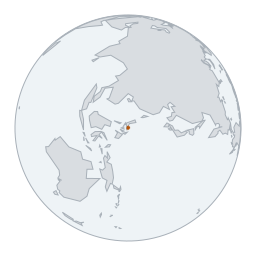 Camarines Sur on an orthographic globe, rotated 68°
{"feature_id": "PHL-2538", "entity_name": "Camarines Sur", "entity_type": "Province", "adm_level": 1, "iso_a3": "PHL", "parent_name": "Philippines", "parent_adm1": "", "projection": "orthographic", "projection_center": [123.353, 13.672], "detail": "fine", "context": "on_globe", "style": "filled", "palette": "amber", "viewbox_px": 256, "rotation_deg": 68, "n_neighbors": 0, "source": "natural_earth", "source_scale": "10m", "svg_char_len": 9786}
<svg xmlns="http://www.w3.org/2000/svg" viewBox="0 0 256 256"><g transform="rotate(68 128 128)"><circle cx="128" cy="128" r="113" fill="#eef3f6" stroke="#a8b0b8"/><path d="M218.4,172.4L218.3,173.1L218.2,173.2L218.4,172.4ZM193.7,36.5L186.1,32.0L182.8,32.5L185.5,35.2L182.0,32.9L189.7,40.3L190.3,43.8L187.3,38.4L185.2,36.7L184.5,38.2L182.2,36.9L180.5,36.9L177.9,35.4L176.3,32.7L174.5,31.7L174.1,32.9L171.2,32.3L172.0,30.7L167.0,29.6L163.5,25.8L167.9,24.2L163.7,22.0L162.4,20.7L170.7,23.7L178.7,27.4L186.4,31.7L193.7,36.5ZM233.2,96.5L232.3,94.1L233.1,95.0L233.2,96.5ZM231.6,93.1L231.9,93.8L231.6,93.3L231.6,93.1ZM231.2,93.0L231.5,93.0L231.3,93.2L231.2,93.0ZM230.8,93.2L231.0,92.9L231.0,93.1L230.8,93.2ZM229.9,92.7L229.7,92.5L229.7,92.0L229.9,92.7ZM192.6,36.0L191.8,35.3L194.6,37.2L194.2,37.0L192.6,36.0ZM188.0,37.7L188.1,37.0L188.8,38.2L188.0,37.7ZM180.8,37.2L181.5,37.9L180.3,37.7L180.8,37.2ZM175.2,35.2L173.1,34.8L174.9,34.7L175.2,35.2ZM171.7,34.3L166.7,33.6L167.8,35.0L161.8,31.1L168.0,32.7L170.1,32.3L170.1,33.3L171.7,34.3ZM157.8,19.4L162.4,20.8L161.7,20.7L159.3,19.9L159.7,20.3L155.6,19.2L154.5,18.7L155.8,18.9L153.2,18.4L154.5,18.5L157.8,19.4ZM159.3,29.2L157.8,28.8L159.0,28.7L159.3,29.2ZM152.3,18.0L151.9,18.0L148.6,17.3L149.8,17.5L150.4,17.6L152.3,18.0ZM161.8,21.1L160.8,21.1L157.2,20.1L156.3,20.0L155.4,19.2L161.8,21.1ZM149.0,17.3L146.9,17.0L145.5,16.7L146.1,16.8L149.0,17.3ZM153.1,18.3L152.7,18.2L151.8,18.0L153.1,18.3ZM146.2,16.9L146.7,17.0L146.9,17.0L145.3,16.8L146.2,16.9ZM153.0,18.6L151.7,18.3L153.1,18.9L150.5,18.4L150.4,18.0L149.3,17.9L148.5,17.8L149.3,17.7L153.0,18.6ZM140.4,16.0L145.2,16.7L144.1,16.8L143.1,16.4L139.5,16.0L140.4,16.0ZM147.1,17.3L145.3,16.9L146.2,17.0L148.1,17.3L147.1,17.3ZM148.8,18.2L152.8,19.1L152.7,19.2L148.8,18.2ZM142.9,16.6L143.2,16.7L142.5,16.5L142.9,16.6ZM146.8,17.6L148.2,17.9L148.0,18.0L146.8,17.6ZM142.5,16.8L142.2,16.6L143.4,16.8L142.5,16.8ZM144.3,17.2L143.7,17.2L144.1,16.9L145.0,17.2L144.3,17.2ZM146.4,17.7L146.7,17.8L145.8,17.5L146.4,17.7ZM138.0,16.5L138.2,16.1L140.9,16.4L140.4,16.7L138.0,16.5ZM33.7,66.4L31.6,70.1L31.4,71.9L37.7,63.7L38.1,60.5L41.7,55.9L44.3,54.8L44.5,58.3L46.0,56.6L48.8,51.4L51.9,49.4L50.2,49.4L48.6,51.4L47.5,51.7L48.8,49.9L49.9,49.1L50.7,47.7L45.5,52.0L43.3,54.5L43.5,53.5L40.0,57.7L39.2,58.7L45.1,51.7L51.6,45.2L58.6,39.3L66.0,34.0L64.3,35.3L65.1,35.0L68.6,32.9L67.5,33.9L71.2,31.6L71.9,32.2L74.1,29.8L78.3,27.9L81.1,27.2L82.8,26.2L78.3,27.4L76.1,28.4L73.6,29.8L68.1,32.7L75.3,28.4L75.5,28.4L81.9,25.2L90.3,23.0L91.8,23.6L85.2,28.3L82.4,29.0L83.3,27.5L78.5,30.5L80.8,29.4L79.8,30.4L83.6,29.3L83.1,29.9L87.5,27.8L87.3,28.5L84.5,29.9L89.9,29.3L90.7,30.7L92.2,30.3L93.5,29.4L93.6,32.2L94.7,31.8L95.1,30.7L97.4,29.3L101.6,27.9L101.4,28.9L99.9,29.5L96.4,32.6L92.3,34.3L92.7,34.7L96.2,33.4L100.4,29.7L103.0,28.6L101.4,30.3L102.2,29.6L103.4,29.4L104.5,30.3L106.4,28.5L120.2,26.4L123.6,28.3L120.6,29.7L130.0,30.5L133.1,33.3L133.4,32.2L138.2,32.3L137.3,31.4L137.8,30.9L149.5,31.7L152.1,32.9L157.6,32.7L157.7,32.3L156.1,31.3L161.8,31.1L167.8,35.0L167.1,35.8L171.3,38.0L169.2,39.7L169.3,42.4L164.5,43.6L165.0,45.9L166.6,46.5L168.6,50.5L167.1,56.9L161.2,48.7L162.1,40.1L161.2,43.2L159.3,41.8L157.6,42.5L157.1,45.0L158.3,45.7L146.7,47.1L141.3,53.7L146.8,54.2L149.3,57.0L148.0,66.6L134.3,78.4L137.6,83.7L137.2,86.8L133.1,88.1L133.5,83.5L130.1,81.4L131.0,78.8L124.5,80.0L125.5,76.4L119.9,79.4L121.1,82.5L126.4,82.6L121.2,87.1L125.6,93.1L125.1,99.7L114.5,110.0L105.2,112.3L104.4,114.3L101.2,111.4L96.2,114.9L101.5,127.7L101.0,131.1L93.2,136.6L93.2,134.1L84.7,126.4L82.5,134.4L88.9,142.3L91.1,150.7L85.9,147.4L83.8,140.0L80.8,137.1L82.1,130.0L80.4,119.0L75.2,120.1L76.1,115.9L73.1,106.5L65.8,107.8L54.1,116.7L51.7,127.3L48.0,131.2L45.3,114.4L46.8,103.8L44.1,104.0L42.7,94.1L35.3,90.2L35.8,87.4L34.1,87.9L33.4,84.2L34.7,79.7L33.6,79.1L30.4,91.1L31.8,91.8L35.1,88.7L33.8,92.7L34.7,97.4L28.2,105.1L19.8,108.6L21.6,100.5L28.6,77.0L29.9,75.0L30.0,74.7L30.2,74.3L28.2,77.4L30.3,73.1L23.8,88.5L21.5,94.9L19.6,109.0L19.2,110.0L19.4,113.3L23.1,113.1L22.5,115.7L19.2,126.5L16.3,139.6L18.2,151.7L20.5,161.4L21.0,163.3L18.7,155.2L17.0,147.0L15.9,138.6L15.4,130.2L15.5,121.8L16.3,113.4L17.7,105.1L19.7,96.9L22.4,88.9L25.6,81.1L29.4,73.6L33.7,66.4ZM42.1,67.0L44.0,69.3L47.7,63.1L48.8,63.6L49.7,61.5L48.0,62.7L50.9,57.1L53.3,56.6L55.5,54.3L54.9,53.4L50.0,55.5L45.8,63.2L43.4,64.9L42.1,67.0ZM133.5,15.5L134.4,15.6L132.3,15.5L134.7,15.6L131.3,15.6L131.8,15.7L129.0,15.9L124.6,15.9L125.5,16.1L123.4,16.5L119.7,16.7L121.6,16.3L116.1,16.9L116.5,16.5L115.9,16.6L114.8,16.5L112.3,16.6L113.1,16.5L111.8,16.6L111.0,16.7L109.5,16.9L110.1,16.8L121.8,15.5L133.5,15.5ZM137.1,16.6L131.7,16.3L129.3,16.1L135.2,15.8L135.2,15.7L138.9,15.9L142.3,16.4L140.9,16.2L140.4,16.2L139.5,16.1L139.8,16.2L137.9,16.1L137.6,16.2L135.9,16.1L137.1,16.6ZM69.4,31.8L68.5,32.4L68.4,32.5L69.4,31.8ZM103.3,19.7L104.8,19.2L105.3,19.2L109.4,18.5L109.3,18.9L106.9,19.5L103.3,19.7ZM36.5,64.6L35.3,65.8L35.9,64.6L36.2,64.5L36.5,64.6ZM37.8,60.5L36.5,62.5L37.4,61.1L37.8,60.5ZM104.0,20.1L105.6,19.7L104.6,20.2L104.0,20.1ZM109.5,19.2L108.7,19.7L109.8,18.9L109.5,19.2ZM67.4,220.4L69.8,221.8L68.7,221.5L67.4,220.4ZM24.1,164.3L28.8,179.9L27.7,178.7L25.2,173.3L21.9,163.5L22.4,162.0L22.0,157.9L24.1,164.3ZM119.5,172.4L123.0,173.1L122.9,173.6L119.5,172.4ZM115.8,170.3L119.8,170.8L115.2,171.3L115.8,170.3ZM121.3,171.0L125.4,170.4L127.1,169.8L126.8,170.8L121.3,171.0ZM113.2,170.0L99.0,168.3L93.5,166.2L94.7,164.5L103.6,166.1L113.2,170.0ZM94.2,164.4L85.9,158.0L75.3,140.9L79.1,141.8L90.4,152.9L89.6,154.4L94.7,159.2L94.2,164.4ZM114.7,157.3L113.9,162.0L106.0,160.7L102.4,159.5L100.0,153.0L101.4,150.0L104.2,150.5L115.9,141.1L119.8,144.1L116.2,148.3L119.4,152.8L114.7,157.3ZM52.0,128.4L53.5,135.4L51.6,136.0L52.0,128.4ZM120.9,134.1L116.0,138.3L120.6,132.5L120.9,134.1ZM123.8,128.5L124.0,130.9L122.2,128.4L123.8,128.5ZM104.0,117.5L100.9,117.7L101.0,116.0L105.0,114.8L104.0,117.5ZM124.7,105.3L124.1,110.1L123.3,111.7L122.2,108.6L124.7,105.3ZM106.0,25.3L100.4,25.7L96.4,26.7L94.1,28.3L94.9,26.5L101.2,24.8L106.0,25.3ZM118.4,26.1L120.4,25.0L121.2,25.6L120.8,25.9L118.4,26.1ZM118.5,25.3L117.9,23.9L120.1,23.4L120.1,24.6L118.5,25.3ZM110.7,21.3L109.1,21.3L110.0,20.9L110.7,21.3ZM192.0,213.0L193.2,213.4L190.0,216.2L185.6,219.2L181.5,220.4L192.0,213.0ZM159.5,221.2L159.1,218.2L163.9,217.9L162.1,220.6L159.5,221.2ZM195.0,210.7L197.9,207.7L198.8,204.1L198.7,207.2L201.2,207.0L194.2,213.1L195.0,210.7ZM141.3,207.7L119.4,212.6L114.5,211.3L115.5,208.7L110.4,199.7L112.0,200.1L110.6,194.1L123.4,189.9L132.4,180.7L139.9,181.8L145.3,174.9L153.1,175.9L150.9,181.5L159.1,185.6L164.3,173.0L169.7,186.7L175.9,191.6L178.0,199.9L168.1,213.4L162.1,216.0L160.8,214.8L158.4,216.1L154.4,215.4L151.8,211.0L149.4,212.3L151.6,209.1L148.2,211.9L146.0,209.0L141.3,207.7ZM196.9,184.6L198.2,184.9L200.2,187.1L198.2,186.8L196.9,184.6ZM215.3,175.5L215.9,176.5L214.6,177.0L215.3,175.5ZM218.2,173.2L216.7,173.9L218.4,172.4L218.2,173.2ZM203.1,176.4L203.7,177.2L203.2,177.6L203.1,176.4ZM202.6,176.2L203.3,174.8L203.2,176.1L202.6,176.2ZM196.6,169.1L197.4,168.3L197.7,168.9L196.6,169.1ZM128.2,173.7L133.0,170.4L135.7,170.3L128.2,173.7ZM195.6,167.6L193.7,167.5L193.9,166.7L195.6,167.6ZM195.6,165.9L195.4,164.8L196.6,167.2L195.6,165.9ZM192.1,163.6L194.4,165.4L191.8,163.8L192.1,163.6ZM190.8,163.8L189.1,163.0L189.3,162.7L190.8,163.8ZM172.8,165.0L178.8,171.3L174.1,171.1L168.7,167.1L164.7,170.5L155.4,169.5L157.5,167.4L156.2,163.9L146.8,162.0L144.9,159.7L148.2,158.4L142.1,156.2L148.8,155.7L151.6,160.4L155.4,157.1L162.1,158.3L168.7,160.1L174.1,163.7L172.8,165.0ZM148.9,165.7L150.1,165.8L149.1,167.1L148.9,165.7ZM186.1,160.5L188.4,162.7L188.1,163.3L187.0,162.9L186.1,160.5ZM175.3,163.0L181.1,159.4L182.4,159.5L178.6,163.6L175.3,163.0ZM179.6,156.9L182.3,157.5L183.8,159.6L183.2,160.2L179.6,156.9ZM135.2,160.5L134.9,161.8L133.2,160.6L135.2,160.5ZM137.4,159.9L142.6,161.7L136.9,161.0L137.4,159.9ZM121.8,154.1L123.3,157.3L128.0,155.8L124.4,158.2L127.6,163.5L126.6,165.2L123.3,159.6L122.3,165.0L120.2,164.7L119.0,159.9L121.1,154.3L123.2,152.1L131.7,151.9L121.8,154.1ZM137.3,156.2L135.9,152.6L137.0,150.4L138.5,152.3L137.3,156.2ZM132.0,143.8L128.5,139.5L125.2,140.7L132.0,135.7L134.2,140.7L132.0,143.8ZM129.2,134.7L126.1,135.8L129.4,132.8L129.2,134.7ZM125.4,134.3L125.2,131.5L127.6,132.1L125.4,134.3ZM130.8,134.9L131.6,130.2L132.7,133.1L130.8,134.9ZM124.5,125.1L129.4,130.2L122.8,127.6L123.1,118.5L125.9,118.6L124.5,125.1ZM143.9,90.9L143.5,88.5L146.2,88.2L145.7,89.9L143.9,90.9ZM154.8,85.8L146.8,87.3L140.4,88.9L142.2,90.2L140.3,94.2L137.9,90.0L142.8,86.0L147.6,85.6L148.7,82.3L152.5,80.4L152.3,76.2L154.1,74.6L155.8,78.4L154.8,85.8ZM152.1,74.5L153.2,67.5L158.1,69.1L159.0,70.9L156.4,73.4L153.9,72.4L152.1,74.5ZM154.9,66.4L152.5,65.5L149.2,55.3L149.7,53.7L154.9,61.7L152.9,61.3L152.9,63.7L154.9,66.4ZM158.0,29.4L157.8,28.8L158.9,29.4L158.0,29.4ZM137.2,30.4L138.0,29.9L139.3,30.4L137.2,30.4ZM141.1,28.7L139.2,28.5L141.3,28.3L141.1,28.7ZM134.7,28.1L138.4,28.2L134.7,28.7L134.7,28.1Z" fill="#d9dde1" stroke="#a8b0b8" stroke-width="1"/><path d="M127.4,127.7L127.4,127.8L127.5,127.8L127.8,127.9L127.9,127.7L128.0,127.4L127.9,127.4L127.9,127.5L127.8,127.4L127.7,127.4L127.8,127.4L127.8,127.2L127.9,127.3L127.9,127.2L128.0,127.2L128.0,127.3L128.1,127.5L128.2,127.4L128.2,127.5L128.3,127.5L128.5,127.6L128.8,127.6L129.0,127.7L129.0,127.8L128.9,127.9L128.9,128.0L128.7,127.9L128.4,127.9L128.3,128.1L128.5,128.3L128.4,128.3L128.5,128.4L128.5,128.5L128.4,128.6L128.2,128.6L127.9,128.8L127.8,128.7L127.7,128.7L127.6,128.4L127.4,128.3L127.2,128.2L127.0,127.8L126.9,127.8L126.9,127.7L126.7,127.7L126.6,127.4L126.9,127.4L127.0,127.4L127.2,127.5L127.3,127.6L127.4,127.7ZM127.8,128.2L128.0,128.1L127.9,128.0L127.6,128.1L127.8,128.2ZM128.6,127.4L128.6,127.5L128.5,127.4L128.5,127.5L128.5,127.4L128.6,127.4Z" fill="#f59e0b" stroke="#b45309" stroke-width="1.5"/></g></svg>